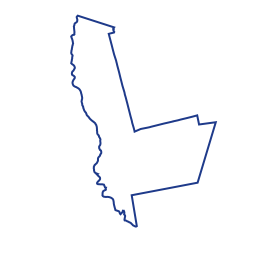 Nicolás Ruíz, Chiapas, Mexico, rotated 108°
{"feature_id": "50627088B68724727080459", "entity_name": "Nicolás Ruíz", "entity_type": "district", "adm_level": 2, "iso_a3": "MEX", "parent_name": "Mexico", "parent_adm1": "Chiapas", "projection": "albers", "projection_center": [-92.605, 16.437], "detail": "fine", "context": "isolated", "style": "outline", "palette": "blue", "viewbox_px": 256, "rotation_deg": 108, "n_neighbors": 0, "source": "geoboundaries", "source_scale": "gbopen_adm2", "svg_char_len": 5659}
<svg xmlns="http://www.w3.org/2000/svg" viewBox="0 0 256 256"><g transform="rotate(108 128 128)"><path d="M158.5,44.9L95.4,46.3L102.7,61.5L94.6,66.1L95.6,67.6L97.3,70.2L100.5,75.3L103.8,80.7L105.2,82.8L106.5,85.0L106.9,85.7L107.7,87.1L107.8,87.1L110.7,91.9L112.6,95.1L119.8,106.6L120.5,107.6L121.6,109.5L125.0,115.6L128.0,119.0L129.4,120.6L128.7,121.0L128.0,121.4L126.0,122.7L121.8,125.6L120.0,126.6L115.6,129.5L114.3,130.3L110.5,132.7L105.1,136.1L104.3,136.6L103.1,137.4L102.3,137.9L99.8,139.5L98.9,140.1L97.2,141.3L95.7,142.1L94.9,142.6L90.3,145.8L89.6,146.3L85.6,148.8L82.8,150.6L77.6,153.8L71.9,157.5L69.9,158.7L69.0,159.3L67.5,160.2L62.4,163.9L58.2,166.6L53.6,169.5L52.7,170.1L50.8,171.3L47.7,173.3L44.4,175.4L41.5,170.8L41.3,170.8L40.8,170.8L40.4,171.4L39.8,171.8L39.4,172.2L38.9,172.0L38.4,172.1L38.2,172.7L37.5,172.6L36.6,172.3L36.7,210.5L38.1,211.1L38.8,210.9L39.5,210.4L40.9,209.5L41.7,209.5L42.2,209.3L42.8,209.4L43.3,209.6L43.7,209.9L44.0,210.2L44.4,210.5L45.0,210.9L45.6,211.0L46.2,210.9L46.8,210.8L47.2,210.8L48.1,210.9L49.0,210.4L49.9,210.1L52.8,208.8L53.4,208.5L54.1,208.4L54.9,208.2L55.4,207.9L56.0,208.1L56.3,208.7L56.8,209.5L58.0,210.1L58.5,210.3L59.5,209.6L59.9,209.3L60.1,209.1L60.7,208.6L61.3,208.2L61.8,207.8L62.5,207.5L63.1,207.1L63.8,206.8L64.7,206.3L65.5,206.4L66.4,206.2L67.3,206.3L68.0,206.1L69.0,206.0L69.8,205.9L70.7,205.7L71.7,205.7L72.6,205.5L74.2,205.2L75.4,204.2L75.8,203.4L76.4,203.0L77.7,203.0L79.0,202.6L80.3,202.5L81.2,202.3L82.4,202.2L84.0,202.0L84.6,200.7L85.0,199.3L85.6,198.3L86.8,197.3L87.7,197.1L88.5,197.3L89.0,197.4L89.7,197.5L90.5,197.7L91.2,198.2L92.0,198.4L93.3,198.3L94.6,197.7L95.3,195.3L96.0,194.3L97.2,194.1L98.7,194.6L99.5,194.8L100.1,194.8L100.4,194.9L100.8,194.9L101.6,194.9L102.2,194.7L102.4,194.6L102.9,194.4L103.8,193.7L104.5,193.0L104.8,192.2L104.9,191.8L105.0,191.3L105.1,190.7L105.1,190.1L105.1,189.6L105.3,189.1L105.4,188.5L105.5,188.0L105.7,187.3L105.8,186.9L106.1,186.4L106.3,186.0L106.6,185.6L106.9,185.3L107.3,184.8L107.7,184.4L108.1,184.1L108.5,183.8L109.0,183.5L109.6,183.2L110.1,182.8L111.0,182.2L111.5,182.0L111.8,181.8L112.3,181.5L112.7,181.3L113.2,181.0L114.2,180.7L114.6,180.6L115.1,180.7L115.7,180.5L116.3,180.5L117.1,180.4L117.7,180.0L118.4,179.6L119.0,179.1L119.8,178.8L120.6,178.4L121.1,177.8L121.3,177.4L121.9,177.2L122.2,176.9L122.9,176.6L123.4,176.2L123.8,175.8L124.4,175.4L124.9,175.0L125.3,174.5L126.1,173.5L126.3,172.9L126.7,172.6L127.3,172.0L127.7,171.8L128.4,171.2L128.7,170.8L129.2,169.8L129.5,169.2L129.8,168.7L130.1,168.2L130.5,167.9L130.8,167.3L131.1,166.9L131.4,166.2L131.7,165.6L132.0,164.9L132.3,164.1L132.6,163.4L132.6,162.9L132.9,162.4L133.1,161.8L133.3,161.5L133.5,160.9L133.8,160.4L134.3,160.1L134.6,159.7L134.9,159.2L135.4,158.9L135.6,158.7L136.2,158.3L136.7,158.0L137.1,157.8L137.7,157.6L138.3,157.3L138.7,157.1L139.6,156.9L140.1,156.7L140.5,156.4L141.0,156.2L141.6,156.0L142.1,155.8L142.6,155.6L143.1,155.2L143.4,154.9L143.7,154.4L143.9,153.9L144.1,153.6L144.4,153.3L144.8,153.1L145.1,153.0L145.3,152.8L145.6,152.4L146.1,151.8L146.6,151.4L146.9,151.0L147.1,150.9L147.4,150.7L147.8,150.6L148.4,150.6L148.8,150.4L149.2,150.3L149.6,150.1L149.9,149.9L150.7,149.6L151.2,149.4L151.7,149.3L152.1,149.3L152.5,149.2L153.0,149.3L153.6,149.5L154.1,149.6L154.6,149.7L154.9,149.6L155.2,149.5L155.6,149.3L155.9,149.3L156.4,148.9L156.6,148.7L157.0,148.3L157.3,148.0L157.6,147.7L157.6,147.2L157.8,146.8L158.0,146.6L158.6,146.3L159.0,146.0L159.4,145.9L160.2,145.7L160.8,145.8L161.2,146.0L161.7,146.2L162.0,146.2L162.3,146.1L162.8,146.1L163.3,146.2L163.8,146.4L164.2,146.6L164.3,146.7L164.6,146.8L165.1,147.0L165.5,147.1L166.0,147.1L166.3,147.1L166.8,147.0L167.2,146.8L167.6,146.7L168.2,146.5L168.8,146.5L169.2,146.5L169.7,146.6L170.1,146.7L170.9,146.8L171.4,147.0L172.0,147.4L172.3,147.6L172.7,147.8L173.2,148.0L173.7,148.2L173.7,148.3L174.1,148.4L174.7,148.4L175.2,148.5L175.5,148.5L175.8,148.4L176.2,148.2L176.7,148.2L177.1,148.0L177.3,147.9L177.6,147.7L178.1,147.4L178.6,147.3L179.0,147.1L179.3,146.9L179.6,146.7L179.9,146.5L180.2,146.3L180.4,146.0L180.6,145.6L180.8,145.1L180.9,144.8L180.9,144.3L180.9,143.7L181.1,142.8L181.1,142.7L181.8,143.2L182.2,142.3L182.7,141.6L183.0,140.9L183.2,140.4L183.5,139.8L183.9,139.3L184.3,139.1L184.8,138.9L185.0,138.8L185.5,138.8L185.9,138.9L186.1,139.0L186.5,139.1L186.8,139.3L187.2,139.4L187.6,139.7L188.2,140.0L188.8,140.2L189.3,140.4L190.1,140.4L190.6,140.0L190.7,139.2L190.4,138.1L190.1,136.9L189.8,135.9L189.5,135.2L189.5,134.7L189.4,134.0L189.3,133.5L189.5,133.2L189.8,133.0L190.1,132.7L190.5,132.4L190.9,132.1L191.3,131.7L191.5,131.6L191.7,131.2L191.7,130.9L191.6,130.5L192.2,130.5L192.4,130.5L192.7,130.4L193.0,130.4L193.4,130.1L193.5,130.0L193.9,130.2L194.4,130.9L195.0,131.4L195.4,131.9L195.8,132.0L196.7,132.2L197.7,132.1L198.6,131.8L199.4,131.6L200.1,131.4L200.6,130.7L200.8,129.7L200.6,128.7L200.4,127.6L199.9,126.5L199.6,125.1L199.5,123.8L199.6,122.4L199.9,121.4L200.2,120.6L200.8,119.9L201.6,119.4L202.9,118.7L204.4,118.1L205.3,117.6L205.8,117.3L208.0,115.9L209.1,115.1L209.8,114.8L210.0,114.2L210.0,113.4L210.0,112.5L210.0,111.9L210.0,111.0L210.3,110.4L211.0,109.9L211.9,109.2L212.3,108.5L209.8,107.3L208.3,107.3L208.3,107.2L208.0,106.4L208.7,105.8L209.6,105.3L210.3,105.1L211.2,105.1L211.5,104.8L211.7,104.3L212.2,103.7L213.0,103.4L213.9,103.4L214.6,103.2L215.4,103.2L215.8,103.1L216.4,103.0L216.9,102.6L216.7,102.0L216.7,101.1L216.8,100.5L217.0,99.9L217.0,99.4L217.0,98.9L217.1,98.2L217.3,97.7L217.3,96.9L217.5,95.9L218.0,95.1L218.2,94.7L218.4,94.1L219.0,93.3L219.1,92.4L219.2,92.0L219.3,91.4L219.4,90.4L219.2,89.8L218.6,89.3L190.8,103.7L170.6,66.9L158.5,44.9Z" fill="none" stroke="#1e3a8a" stroke-width="2"/></g></svg>